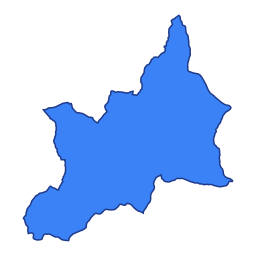 the district of Guayabetal, Cundinamarca, Colombia
{"feature_id": "7082276B39742975331466", "entity_name": "Guayabetal", "entity_type": "district", "adm_level": 2, "iso_a3": "COL", "parent_name": "Colombia", "parent_adm1": "Cundinamarca", "projection": "mercator", "projection_center": [-73.849, 4.248], "detail": "fine", "context": "isolated", "style": "filled", "palette": "blue", "viewbox_px": 256, "rotation_deg": 0, "n_neighbors": 0, "source": "geoboundaries", "source_scale": "gbopen_adm2", "svg_char_len": 5805}
<svg xmlns="http://www.w3.org/2000/svg" viewBox="0 0 256 256"><path d="M209.4,91.9L208.2,90.0L206.0,84.8L204.1,81.2L201.9,77.4L200.0,75.0L198.2,73.9L193.8,73.1L188.5,71.3L187.8,69.9L187.8,66.9L187.6,65.8L187.8,63.3L188.9,59.4L189.2,57.5L190.1,55.7L190.3,54.1L190.1,52.3L190.2,49.9L190.0,48.0L188.8,45.3L188.8,42.2L188.1,36.6L187.9,35.6L186.1,32.8L185.4,26.6L184.6,25.8L182.9,25.3L182.4,24.7L182.0,23.2L182.0,22.3L181.7,21.7L180.9,20.7L180.5,19.9L180.0,16.5L179.0,15.4L177.9,15.9L176.9,16.9L175.5,17.6L174.7,18.6L173.8,19.1L173.4,19.0L172.4,19.7L171.4,20.6L171.4,21.2L171.9,22.4L172.4,24.6L169.8,27.7L168.9,29.1L169.0,30.5L168.7,31.9L168.8,33.3L169.2,34.2L168.9,35.4L169.1,36.6L168.9,37.0L168.3,37.4L168.0,38.0L168.2,38.6L168.2,40.3L167.8,41.0L167.2,41.0L166.5,42.4L166.3,45.2L166.4,45.9L164.5,46.1L164.2,46.6L164.3,47.2L165.1,47.9L165.4,48.8L165.0,49.6L165.0,50.1L165.2,50.8L164.9,51.4L164.1,52.3L162.1,53.2L161.9,53.5L161.0,54.1L158.5,56.9L158.0,57.3L157.3,57.4L155.7,57.0L154.0,57.3L153.0,58.5L151.6,59.4L151.2,59.9L151.0,60.3L151.2,61.1L150.1,62.3L149.4,63.8L148.5,64.6L146.5,65.3L146.1,66.4L144.9,67.6L144.3,70.0L144.2,71.9L144.0,72.9L143.7,73.5L143.0,74.3L142.2,76.0L141.4,76.9L140.9,78.6L140.9,82.3L142.1,83.9L142.0,85.6L142.1,87.0L141.9,88.7L141.3,89.4L140.6,89.9L140.0,91.9L138.5,92.9L137.7,94.5L136.4,95.3L135.5,94.9L134.6,94.9L133.9,94.8L133.1,94.8L132.5,94.4L133.1,91.3L132.5,91.3L131.5,91.7L130.4,91.8L129.0,92.7L126.8,92.9L126.3,93.2L126.0,93.2L124.7,92.6L121.1,92.0L118.9,91.9L118.3,91.7L117.3,91.8L116.2,92.2L115.5,92.3L114.6,91.7L113.4,91.3L112.0,90.9L111.4,91.0L110.9,91.7L110.6,94.7L109.4,95.9L109.2,96.3L108.5,100.9L108.1,101.9L106.9,103.6L106.0,104.4L105.4,105.1L104.8,106.2L104.9,106.9L105.3,108.4L106.0,110.1L106.9,111.2L106.9,111.8L103.6,115.0L102.0,117.5L99.1,120.4L97.8,122.9L97.1,122.7L94.6,121.0L93.5,119.8L92.5,117.7L91.1,117.3L89.5,117.3L88.6,117.1L85.5,115.1L82.3,113.4L81.3,113.4L79.4,112.8L78.1,113.0L76.7,112.5L75.6,111.7L72.7,108.5L72.0,106.6L71.6,104.3L71.2,103.5L70.9,103.4L70.0,103.9L69.5,104.1L68.7,103.0L67.7,102.5L62.9,103.3L56.0,106.7L54.5,107.2L51.1,107.9L48.8,107.9L48.2,108.1L47.3,108.9L46.6,109.2L44.4,109.8L43.5,109.7L44.6,111.4L48.8,116.2L49.8,117.5L50.1,118.5L51.9,119.4L52.7,120.2L54.5,121.3L55.1,121.8L55.9,124.4L55.9,126.0L56.3,127.1L56.1,128.4L56.4,129.8L55.6,131.6L55.8,134.1L55.5,135.5L54.8,136.8L54.8,137.8L54.2,138.9L53.7,141.3L54.2,143.0L55.0,143.9L55.6,147.5L56.8,148.9L57.1,149.6L57.2,150.4L57.0,151.2L57.1,151.7L57.8,153.0L58.6,155.4L59.9,156.3L60.4,157.0L61.2,159.7L65.0,159.8L64.8,161.0L65.4,162.3L65.4,163.1L65.0,165.3L65.6,167.5L65.4,172.3L65.0,172.7L64.9,173.9L64.3,174.6L64.1,175.7L63.8,176.3L63.3,176.6L63.2,178.1L62.1,179.6L62.3,180.4L62.7,181.4L62.7,182.1L61.8,182.8L60.7,185.1L60.1,185.9L58.5,189.2L58.6,189.9L57.8,189.9L56.8,189.6L55.2,188.4L52.4,187.6L51.0,186.4L50.6,186.2L50.2,186.3L49.5,187.0L47.4,190.1L46.4,191.2L45.6,191.6L41.9,192.9L39.7,193.2L37.3,195.2L35.8,195.8L34.9,197.2L33.9,198.3L31.8,201.0L30.6,204.4L30.0,205.4L28.2,207.5L27.1,209.2L26.3,212.1L26.1,212.9L26.2,214.2L26.0,214.8L23.8,217.5L23.5,218.3L23.7,218.7L24.8,220.2L25.0,220.6L25.0,221.9L26.2,225.1L26.6,225.6L27.5,226.1L27.8,226.6L28.0,227.8L27.8,231.0L28.3,233.3L28.2,234.0L28.5,233.6L29.6,233.1L30.5,232.9L32.0,233.0L32.7,233.4L33.3,234.0L33.5,234.4L33.6,235.0L33.2,237.5L33.5,238.5L34.0,238.9L34.8,239.2L37.1,240.0L40.5,239.7L41.7,239.3L42.3,238.4L42.7,236.8L43.3,235.7L44.3,234.4L45.4,234.0L47.2,234.2L49.3,234.0L50.3,234.4L54.8,236.8L56.0,237.0L57.8,237.0L58.7,237.4L61.8,239.6L64.1,240.2L68.4,240.6L68.8,240.3L69.1,238.4L69.8,237.1L70.7,236.1L72.3,234.7L72.7,234.1L80.1,230.9L82.7,230.0L86.0,227.7L86.2,227.3L86.5,224.1L86.8,223.1L87.7,221.9L89.7,219.9L90.3,218.5L91.4,217.2L94.8,213.6L95.7,213.4L96.9,213.5L98.7,214.0L100.4,213.8L102.4,212.3L103.1,211.4L104.6,209.9L105.8,209.3L106.3,209.3L108.7,209.7L111.0,209.9L114.2,209.6L115.6,209.0L116.9,207.6L117.9,206.9L118.6,206.1L119.0,205.1L119.7,204.5L120.3,204.3L121.0,204.3L123.7,205.1L125.2,205.2L125.6,204.9L126.9,203.5L127.6,203.4L130.6,204.3L131.2,204.7L131.9,205.3L133.2,206.9L135.1,208.8L138.2,211.0L140.7,211.7L143.3,213.1L143.3,212.0L143.6,211.2L146.3,207.3L147.5,204.9L148.4,203.5L149.4,202.6L149.9,201.9L150.4,200.5L150.7,198.7L150.6,196.3L150.8,194.5L152.0,192.1L153.7,189.8L154.3,188.2L154.4,186.8L154.3,186.0L153.7,185.0L153.6,183.0L154.9,179.7L155.2,179.3L156.2,177.4L157.4,176.9L158.1,176.2L160.1,175.7L161.0,174.9L161.3,175.7L161.7,178.3L161.9,178.7L163.0,179.3L163.4,179.8L163.6,180.6L165.5,181.6L166.6,181.8L169.2,181.9L170.5,181.5L172.1,180.6L174.1,180.4L174.8,180.1L175.2,179.6L176.3,178.8L177.4,178.3L179.1,178.6L181.6,178.3L183.4,178.7L190.1,181.5L195.1,183.0L197.4,182.9L199.4,183.8L200.1,184.0L201.6,183.9L203.6,184.6L205.0,184.6L206.2,184.3L207.0,184.3L208.8,184.6L210.8,184.4L211.9,184.6L214.2,185.6L216.0,185.9L217.8,186.5L219.8,186.7L221.7,186.6L225.8,185.7L226.5,185.5L227.1,185.0L228.0,183.9L228.3,183.3L228.6,182.1L228.9,181.7L230.0,181.4L232.2,181.5L232.5,181.2L232.5,180.5L230.2,178.8L227.1,177.8L225.8,177.1L224.6,176.1L223.7,174.6L223.3,173.4L223.3,171.7L222.4,168.9L221.0,167.4L219.7,164.3L219.9,161.2L219.4,159.5L219.6,158.8L219.2,157.6L219.3,156.8L219.9,155.5L219.9,154.6L219.6,153.5L219.6,150.9L219.2,149.0L219.0,148.5L217.8,148.0L216.6,146.8L216.0,145.8L215.4,145.5L214.7,144.7L213.9,143.1L213.9,141.8L213.5,140.0L213.8,137.7L214.6,135.4L214.8,134.1L215.3,133.0L216.3,131.7L215.9,130.5L215.9,129.6L216.1,128.9L216.9,128.2L217.7,127.2L218.3,125.2L218.8,124.8L218.9,124.3L219.8,123.5L220.6,122.0L221.0,120.9L221.2,119.7L221.7,119.3L223.0,115.7L225.6,112.2L226.5,111.8L229.7,109.7L230.9,108.0L230.5,106.7L228.7,105.4L226.6,105.1L225.1,104.7L221.2,102.3L215.0,97.0L213.9,95.8L212.3,94.6L210.7,93.6L209.4,91.9Z" fill="#3b82f6" stroke="#1e3a8a" stroke-width="1.5"/></svg>